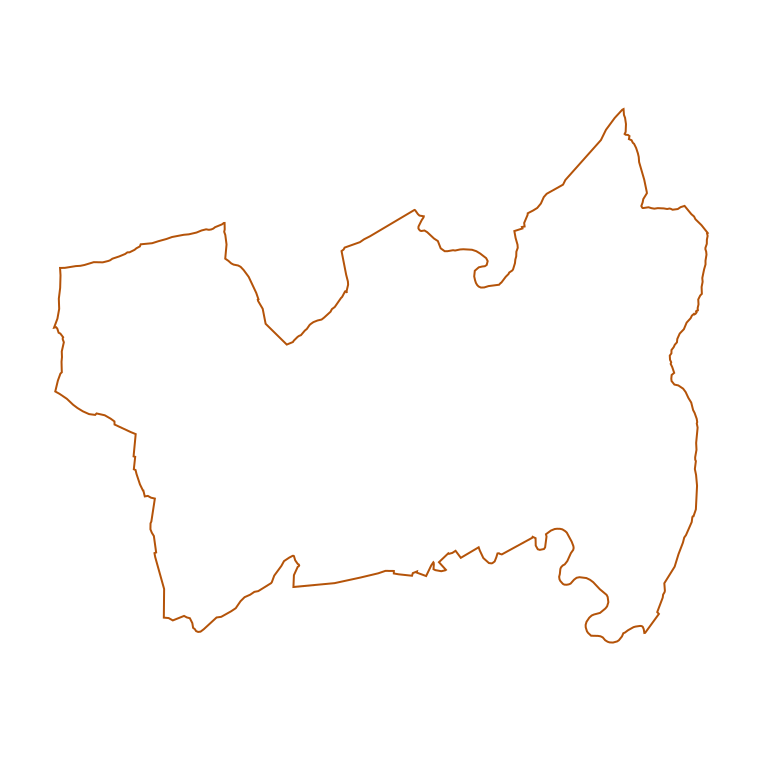 outline of Sercaia, Brasov, Romania, rotated 88°
{"feature_id": "2599482B18574543528453", "entity_name": "Sercaia", "entity_type": "district", "adm_level": 2, "iso_a3": "ROU", "parent_name": "Romania", "parent_adm1": "Brasov", "projection": "natural_earth1", "projection_center": [25.127, 45.831], "detail": "fine", "context": "isolated", "style": "outline", "palette": "amber", "viewbox_px": 768, "rotation_deg": 88, "n_neighbors": 0, "source": "geoboundaries", "source_scale": "gbopen_adm2", "svg_char_len": 6074}
<svg xmlns="http://www.w3.org/2000/svg" viewBox="0 0 768 768"><g transform="rotate(88 384 384)"><path d="M579.1,503.8L578.1,503.0L571.7,500.4L562.2,492.9L557.5,490.1L554.1,484.6L552.5,481.2L552.6,480.3L552.9,480.0L557.1,478.9L560.8,476.5L561.4,475.5L562.3,475.1L563.2,475.6L563.7,476.6L571.9,480.7L583.7,481.6L581.3,440.4L576.6,414.3L573.0,396.4L570.8,389.1L571.2,380.7L573.7,380.8L574.7,376.0L576.6,362.7L574.0,361.8L572.5,357.6L573.6,357.9L577.4,348.6L566.9,343.1L563.9,340.9L564.3,340.6L566.1,340.5L570.8,341.0L571.8,339.2L573.1,333.3L572.3,329.2L571.9,328.6L564.0,335.3L555.4,325.6L556.0,325.0L555.2,321.6L553.2,318.3L560.4,313.3L550.5,295.1L553.7,294.1L561.4,290.8L566.6,285.4L567.0,282.9L566.8,281.9L565.2,279.6L561.1,277.8L557.3,276.5L557.2,275.0L557.8,274.2L558.4,272.2L542.9,241.3L541.9,240.8L543.4,237.9L550.8,238.0L554.5,236.1L555.2,234.1L554.5,229.9L552.9,228.7L542.1,226.9L539.8,227.4L536.3,222.3L534.9,218.5L534.7,216.1L534.9,213.0L535.5,210.8L537.4,208.0L538.9,206.5L548.2,201.9L552.6,200.4L554.5,200.2L556.4,200.7L559.5,203.1L567.4,207.0L570.6,209.7L571.6,211.7L573.4,213.5L575.0,214.2L580.1,214.9L582.8,215.7L585.4,215.4L587.1,214.6L590.0,212.2L590.8,210.8L591.0,208.5L590.7,206.3L590.0,204.5L586.2,200.9L584.4,198.3L583.9,195.4L585.0,188.5L586.9,184.9L589.4,181.8L596.6,175.5L602.5,168.9L604.6,167.9L609.9,167.4L614.0,168.8L616.1,170.6L620.3,176.1L621.7,182.2L622.6,184.5L624.7,187.0L628.7,189.9L631.8,190.9L634.2,190.9L638.2,189.8L639.8,188.8L642.8,185.8L643.2,179.0L643.7,176.4L644.9,174.2L647.8,171.9L649.4,169.5L650.1,167.6L650.4,164.2L649.4,160.0L648.3,158.2L644.6,155.0L641.4,153.5L640.9,152.0L638.6,148.7L635.7,143.1L635.2,141.0L634.7,136.4L635.0,134.8L635.7,133.9L638.0,133.0L641.9,132.5L641.8,131.7L623.4,117.3L621.5,118.9L607.2,112.9L604.2,112.4L601.9,110.9L600.5,110.5L592.9,110.8L576.7,99.9L564.3,95.6L553.0,90.8L547.9,89.3L545.6,87.5L532.7,81.3L527.9,80.5L527.1,80.1L527.0,79.3L520.2,76.7L496.6,74.7L485.8,75.3L479.8,76.3L471.9,75.0L470.6,75.6L468.1,75.6L460.7,74.0L453.8,74.1L438.5,72.1L434.3,72.8L433.0,72.3L429.7,72.7L423.7,74.6L420.8,76.0L413.3,77.6L408.5,80.3L402.6,82.8L399.1,85.2L395.7,89.9L394.7,93.8L391.1,96.5L388.8,96.7L385.0,96.2L383.0,93.6L377.0,95.4L373.9,96.8L372.3,96.2L369.8,97.3L365.6,97.4L363.4,95.7L360.1,95.5L357.3,93.2L354.9,92.0L352.6,89.8L349.2,89.3L343.9,86.7L339.7,82.4L333.2,79.4L329.0,75.3L326.4,73.9L324.9,72.0L325.3,71.9L325.4,71.5L324.7,70.2L323.3,69.1L322.3,69.6L321.7,69.1L321.6,68.0L321.3,67.7L319.1,67.9L315.4,66.9L310.5,67.0L306.6,64.9L305.0,63.2L298.1,63.2L293.0,62.0L289.2,62.2L280.6,60.1L275.7,58.5L272.0,58.4L266.0,57.2L262.9,57.4L260.5,58.1L259.1,58.0L255.2,56.5L251.1,56.3L247.3,55.4L244.8,55.9L244.4,55.2L236.3,61.2L230.2,67.0L227.4,68.3L225.0,70.9L216.5,77.4L217.6,81.4L219.4,84.3L219.9,89.5L218.9,91.4L218.6,92.6L219.0,94.9L218.3,98.2L217.8,104.2L218.2,107.7L217.6,110.6L216.6,113.5L217.2,118.7L217.1,119.5L216.2,120.1L215.1,120.6L211.6,119.2L208.2,118.4L202.5,114.6L201.2,114.7L188.9,116.8L171.1,121.3L166.0,121.5L162.4,122.2L156.9,123.8L152.7,125.7L151.6,126.9L149.0,128.1L147.8,130.7L144.8,130.0L143.6,131.5L143.3,133.9L142.5,134.8L140.5,133.7L132.7,133.1L126.4,133.8L123.5,134.8L117.6,135.0L118.2,136.3L126.1,144.1L137.7,153.3L147.8,158.7L186.4,195.6L191.0,198.1L199.6,214.8L202.8,217.8L209.1,220.9L213.4,224.7L215.8,228.9L218.4,234.4L220.0,234.6L228.0,238.3L231.5,238.0L231.9,240.7L233.4,240.2L235.7,248.4L242.6,247.4L249.5,245.7L252.6,245.6L256.4,247.1L261.0,247.4L264.2,248.4L267.8,248.9L273.9,251.0L275.0,251.8L277.0,255.0L278.4,255.7L281.1,258.6L286.9,263.3L287.0,263.8L288.8,265.5L289.8,276.1L291.0,280.5L291.0,283.8L289.9,286.0L288.4,287.4L286.2,288.6L283.4,289.4L279.6,290.1L274.0,289.3L270.7,285.2L270.0,281.7L269.8,279.1L268.6,277.2L264.8,276.1L261.8,277.5L257.0,283.3L254.5,287.1L252.9,291.4L252.1,300.0L252.2,303.3L253.1,308.3L252.7,310.3L253.5,316.0L253.4,318.7L250.4,322.6L243.0,325.2L240.4,328.9L233.8,335.5L232.0,338.2L232.4,341.3L232.1,342.4L230.7,343.7L229.5,344.2L227.8,344.0L221.7,340.7L218.9,338.7L217.8,338.4L216.9,342.7L215.4,344.2L211.4,346.8L211.1,347.5L235.9,392.9L238.7,398.9L241.4,403.1L246.3,418.6L248.1,419.6L249.7,421.8L273.5,418.0L280.3,416.5L283.5,416.4L289.7,418.1L291.7,418.0L289.8,418.7L290.1,419.7L295.5,422.8L296.6,424.0L305.3,430.5L307.4,433.5L309.9,434.9L315.6,441.6L317.4,444.1L318.2,448.2L319.7,452.4L321.5,455.2L322.4,456.3L326.3,459.2L327.8,461.2L332.3,465.3L332.9,467.1L333.9,468.7L337.5,472.6L338.9,473.6L341.2,479.8L319.7,500.2L304.6,502.6L296.7,506.9L295.3,507.2L295.0,506.5L288.5,508.5L272.2,515.5L265.2,520.3L261.9,523.2L260.5,525.6L259.4,530.2L258.1,532.5L255.5,535.2L253.2,538.3L239.1,536.5L229.5,537.4L226.3,538.4L223.9,537.8L217.5,537.7L217.5,538.5L218.8,540.3L221.4,547.4L222.7,549.1L223.5,551.2L223.8,553.6L223.2,556.4L224.2,561.0L226.1,566.1L227.6,573.8L227.9,579.0L229.7,590.7L231.5,596.4L233.4,604.4L235.2,610.8L235.9,622.3L238.0,623.2L239.7,626.7L241.2,628.6L243.5,633.7L243.5,635.9L245.0,638.1L247.3,644.3L249.3,651.1L250.8,653.4L251.4,655.2L252.6,660.8L252.1,669.8L254.6,679.2L255.3,683.4L255.4,687.8L256.8,699.0L256.7,703.7L264.1,703.5L276.7,704.3L287.4,706.0L297.6,706.0L307.3,708.1L316.2,711.8L315.8,709.7L317.2,708.6L321.4,707.4L322.3,705.7L326.1,703.0L326.9,703.5L328.1,703.5L331.1,702.5L340.2,704.9L345.9,704.9L350.5,705.5L361.1,705.6L362.3,707.0L369.2,709.8L380.0,712.8L382.4,708.8L387.7,701.5L393.9,695.4L397.3,691.2L400.8,685.9L403.8,679.8L404.8,673.7L403.4,672.3L405.5,664.2L409.1,658.4L412.0,654.7L415.1,654.7L423.2,638.8L425.4,633.9L447.6,636.8L448.1,635.2L460.5,637.0L461.3,635.3L465.2,634.5L475.8,631.4L482.1,628.6L482.1,628.2L488.0,627.0L487.6,623.9L489.5,620.8L490.5,617.0L513.3,621.3L515.1,622.2L521.1,622.5L524.6,621.2L527.9,619.3L544.4,617.6L545.0,619.3L549.0,618.7L581.2,610.9L609.8,612.2L610.4,607.4L612.9,603.3L608.8,591.9L610.4,589.2L611.3,586.2L616.3,583.9L621.0,583.3L622.4,581.6L624.4,580.4L625.3,578.4L625.1,576.0L622.8,572.7L611.5,559.5L611.0,554.8L605.8,544.7L602.9,540.0L596.1,535.0L592.2,530.8L589.9,525.1L587.2,520.8L586.6,516.9L579.1,503.8Z" fill="none" stroke="#b45309" stroke-width="2"/></g></svg>